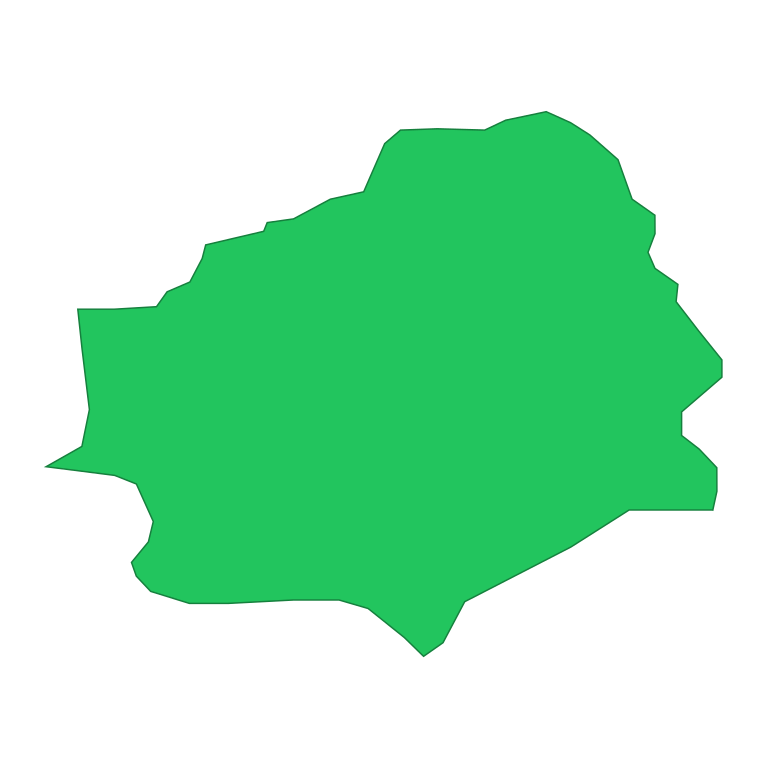 Laholm, Halland, Sweden (Robinson projection)
{"feature_id": "70781695B78273070971821", "entity_name": "Laholm", "entity_type": "district", "adm_level": 2, "iso_a3": "SWE", "parent_name": "Sweden", "parent_adm1": "Halland", "projection": "robinson", "projection_center": [13.225, 56.526], "detail": "fine", "context": "isolated", "style": "filled", "palette": "green", "viewbox_px": 768, "rotation_deg": 0, "n_neighbors": 0, "source": "geoboundaries", "source_scale": "gbopen_adm2", "svg_char_len": 919}
<svg xmlns="http://www.w3.org/2000/svg" viewBox="0 0 768 768"><path d="M140.7,580.8L150.7,591.4L189.4,603.4L228.0,603.4L293.2,600.0L339.1,600.0L368.1,608.5L404.3,637.5L422.1,654.9L423.6,656.3L443.0,642.7L464.7,601.7L570.9,547.0L629.1,510.0L712.5,510.0L712.8,510.1L716.9,491.3L716.8,467.7L699.2,449.1L681.6,435.5L681.6,411.9L721.9,377.2L721.9,359.9L699.0,331.4L676.1,301.7L677.9,284.4L655.0,268.4L648.0,252.3L655.0,233.7L654.9,215.2L653.8,214.5L632.1,199.2L618.0,159.7L589.9,135.0L570.6,122.7L546.2,111.7L505.7,120.2L484.7,130.1L437.3,128.8L400.5,130.1L384.7,143.6L370.7,175.7L363.7,191.8L330.3,199.2L293.5,218.9L267.2,222.6L263.7,231.3L237.3,237.5L205.7,244.9L202.2,258.5L189.9,282.0L167.1,291.8L156.5,306.7L114.4,309.2L77.8,309.2L82.0,348.4L89.4,409.6L81.9,446.4L46.1,466.7L114.7,475.4L136.4,484.0L153.3,521.5L148.4,541.9L131.5,562.4L136.3,576.1L140.7,580.8Z" fill="#22c55e" stroke="#15803d" stroke-width="1.5"/></svg>